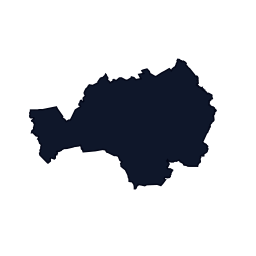 outline of Rundēnu pag., Ludzas, Latvia, rotated 234°
{"feature_id": "27541924B20258321075970", "entity_name": "Rundēnu pag.", "entity_type": "district", "adm_level": 2, "iso_a3": "LVA", "parent_name": "Latvia", "parent_adm1": "Ludzas", "projection": "mercator", "projection_center": [27.772, 56.271], "detail": "fine", "context": "isolated", "style": "filled", "palette": "ink", "viewbox_px": 256, "rotation_deg": 234, "n_neighbors": 0, "source": "geoboundaries", "source_scale": "gbopen_adm2", "svg_char_len": 5839}
<svg xmlns="http://www.w3.org/2000/svg" viewBox="0 0 256 256"><g transform="rotate(234 128 128)"><path d="M183.0,130.9L182.1,130.5L183.0,125.1L182.9,124.6L185.6,122.0L185.3,121.3L185.3,120.7L184.9,120.4L184.8,119.6L184.5,119.5L184.5,118.5L184.3,117.8L184.4,117.2L184.2,117.0L184.1,116.6L183.9,116.5L183.7,115.7L182.4,113.5L181.3,112.8L179.7,112.9L178.8,111.7L178.7,109.7L177.8,108.8L176.2,108.4L175.7,107.8L175.8,107.5L175.9,107.2L175.7,106.9L175.8,106.8L176.4,106.7L176.5,106.3L177.6,106.6L177.9,106.3L178.0,105.7L177.3,104.6L176.7,104.1L176.3,102.6L175.5,101.9L175.1,102.0L174.8,102.6L174.5,102.7L173.2,102.1L173.1,101.2L173.4,98.0L173.5,96.0L169.5,88.6L168.2,85.9L169.1,84.9L169.5,81.8L172.1,81.8L175.2,80.6L175.8,81.9L184.8,82.0L187.1,82.4L193.0,69.5L194.7,67.3L195.8,65.1L199.8,59.7L198.7,58.9L197.9,57.4L196.3,56.7L195.6,55.6L194.5,55.1L193.2,55.5L192.9,56.4L192.6,56.6L191.7,57.7L190.9,57.4L191.0,57.3L190.7,56.6L190.6,54.4L190.2,54.2L188.7,55.1L187.2,54.7L186.6,55.2L184.5,53.0L183.8,51.9L182.3,51.0L182.2,48.7L180.9,47.2L180.2,48.4L177.5,48.7L177.4,49.5L176.9,49.5L176.4,49.0L176.1,48.9L175.0,49.6L174.4,50.4L173.6,50.6L172.6,49.8L172.1,48.5L171.2,49.0L170.5,48.5L168.8,48.1L167.6,47.6L166.2,48.1L164.7,47.7L164.1,46.6L162.2,45.1L162.0,44.3L161.7,43.8L160.0,43.1L159.9,42.5L159.6,42.2L159.6,41.7L157.9,40.9L147.0,42.5L146.7,42.7L146.9,45.7L148.8,46.9L149.0,48.2L148.5,48.8L146.3,50.2L146.4,51.4L149.2,53.5L148.2,54.6L149.3,56.2L150.9,56.4L150.9,57.0L149.7,58.4L149.2,60.9L149.5,61.3L149.1,64.2L147.5,66.6L145.0,72.5L144.8,73.5L142.6,77.5L142.0,79.5L139.3,78.8L139.2,78.5L138.4,78.1L138.0,78.2L138.1,78.6L138.0,78.9L137.5,78.9L136.7,78.3L135.1,77.8L128.9,88.2L125.6,95.0L123.4,97.1L122.1,96.7L120.7,96.8L120.3,97.4L113.9,100.7L112.8,102.3L110.8,103.6L106.7,102.5L104.3,103.3L103.4,101.1L101.9,100.7L101.4,100.0L99.6,100.3L95.7,101.4L90.0,100.4L87.5,99.2L86.7,99.3L84.2,97.6L82.0,99.8L78.9,99.7L76.8,98.7L75.1,97.5L74.5,98.3L74.7,99.2L75.9,101.0L75.8,102.3L76.4,103.1L74.2,105.3L71.5,107.7L71.2,109.8L65.6,118.2L65.2,118.7L62.2,120.8L62.7,123.3L64.1,127.8L64.5,127.4L65.8,127.4L66.1,128.4L66.4,128.6L65.8,129.9L65.2,130.1L64.4,131.0L64.7,131.3L63.7,132.5L64.0,133.7L65.1,134.3L65.2,135.0L65.4,135.5L66.4,136.2L66.9,137.4L67.4,137.5L67.4,137.8L67.3,138.9L67.7,139.3L70.3,138.0L70.3,137.5L71.5,136.4L72.4,136.1L73.0,136.8L73.6,136.8L73.6,138.1L74.0,138.4L74.6,140.0L75.8,140.4L76.6,139.9L78.7,140.1L78.7,140.7L79.1,141.3L77.0,141.5L76.2,142.3L75.8,143.0L75.3,142.9L75.0,143.3L74.6,143.8L74.7,144.2L74.4,144.2L73.9,144.9L74.1,145.6L73.8,146.0L73.8,146.6L72.8,147.4L72.1,150.2L71.9,150.5L70.7,150.7L70.4,150.4L70.0,150.4L68.9,151.1L68.6,151.1L68.3,151.5L67.8,151.8L67.3,151.7L66.3,152.0L65.9,151.7L65.7,151.9L65.2,151.6L64.3,152.4L63.8,153.2L61.9,154.1L56.2,161.8L56.7,162.2L58.0,164.3L57.9,165.7L58.1,166.5L58.7,167.0L60.8,168.0L61.7,169.7L62.4,169.9L62.7,170.4L62.5,170.8L62.6,171.5L61.9,171.7L61.6,172.3L61.3,172.3L61.0,173.0L62.3,173.5L62.4,175.8L62.3,176.9L62.5,178.1L63.6,179.4L63.7,179.8L64.4,180.4L65.2,180.0L65.7,180.2L65.9,180.4L66.0,181.4L66.8,181.7L67.6,181.2L68.6,181.5L69.9,181.0L70.0,180.9L70.1,180.4L71.4,180.4L72.3,180.0L73.0,180.4L77.7,188.6L77.7,189.7L79.5,192.5L79.5,193.0L80.2,193.3L80.3,194.2L80.9,194.4L80.7,194.8L80.7,195.2L82.4,196.2L82.8,197.1L83.0,198.6L83.5,199.5L83.5,201.2L84.0,202.2L86.6,203.7L87.0,203.9L87.4,203.7L88.1,204.7L88.4,204.6L88.6,205.2L88.4,205.5L88.6,205.6L88.6,206.1L89.1,206.5L89.2,206.9L89.9,207.3L90.1,207.7L90.3,207.7L90.4,208.1L90.1,208.2L90.1,209.1L90.3,209.4L90.6,209.2L90.8,209.5L91.0,209.5L91.4,208.9L91.5,209.1L91.6,208.9L91.9,209.1L92.2,209.0L92.2,209.3L92.5,209.2L93.6,209.6L94.4,209.2L95.0,209.2L95.6,208.5L96.4,208.2L96.6,207.5L98.4,207.7L98.6,207.3L99.0,207.1L99.7,207.7L100.3,207.8L100.5,208.3L102.1,209.5L102.0,209.9L102.3,210.0L102.1,211.3L102.6,211.6L102.6,212.2L102.3,212.9L102.2,213.5L104.4,214.2L104.8,214.8L105.4,215.1L108.6,213.6L109.2,212.8L109.1,212.5L109.3,212.5L109.5,212.2L111.5,212.3L112.7,211.6L113.4,212.3L113.6,212.2L113.6,211.7L114.0,211.9L114.3,211.7L114.2,211.6L114.3,211.4L114.6,211.6L114.7,211.2L115.0,211.3L115.0,210.9L115.3,210.7L115.9,211.3L116.3,211.0L116.2,211.5L116.7,211.3L116.9,211.5L116.9,211.2L117.2,211.3L117.6,211.0L117.5,210.7L117.3,210.6L117.7,210.5L117.6,210.4L118.5,210.0L119.2,210.0L119.4,209.6L119.7,209.5L119.8,209.3L120.6,209.7L121.1,209.5L121.5,209.0L121.8,209.2L122.4,208.9L122.4,209.5L123.1,209.7L123.0,210.0L123.1,210.7L122.9,210.9L123.0,211.1L123.9,211.4L124.0,211.7L124.7,211.8L124.8,212.1L125.3,212.4L125.7,212.0L125.8,212.2L125.7,212.3L125.7,212.7L126.2,212.7L126.4,212.8L126.4,213.1L126.7,213.2L126.7,213.4L127.1,213.8L127.5,214.0L128.1,213.5L128.2,214.0L128.7,213.9L128.9,214.3L129.5,214.1L130.1,213.4L130.0,213.2L130.9,212.6L131.8,213.0L139.8,212.6L142.1,211.9L143.0,212.3L143.5,211.8L145.1,211.8L145.9,212.9L147.0,213.0L148.6,212.5L149.4,211.8L149.6,211.9L150.0,211.2L150.0,210.5L150.3,210.5L150.5,210.3L151.0,210.6L151.5,209.9L153.0,209.9L154.3,208.6L153.5,207.2L152.6,207.2L152.3,206.8L151.8,205.3L150.8,204.1L149.5,201.8L149.9,201.3L149.7,198.5L148.8,196.8L148.8,196.6L151.7,196.2L152.2,191.1L152.7,187.8L153.0,183.0L153.0,182.0L153.4,180.5L153.8,180.1L158.5,178.0L158.8,177.6L161.3,178.4L164.5,178.0L166.0,174.1L166.2,172.9L162.8,172.8L165.0,168.2L160.2,167.5L162.5,162.7L165.2,162.4L167.2,160.8L166.6,160.2L166.7,158.1L167.0,155.5L168.0,154.2L172.3,152.1L172.8,151.5L173.0,150.9L173.5,150.4L173.1,146.8L174.5,145.3L175.5,145.1L175.7,144.2L175.0,143.6L174.5,142.7L175.0,141.9L175.1,141.0L174.9,140.6L175.1,140.0L177.1,140.1L177.6,139.8L179.0,139.7L179.6,139.9L180.2,140.9L180.9,141.2L181.5,141.1L183.3,141.3L183.8,141.6L184.7,141.5L183.9,140.2L183.8,138.7L183.5,137.8L183.6,137.2L184.0,136.6L184.1,135.6L184.4,135.2L184.4,134.8L184.2,134.3L183.0,130.9Z" fill="#0f172a" stroke="#020617" stroke-width="1.5"/></g></svg>